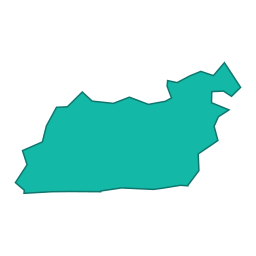 Bagat, Khorezm, Uzbekistan
{"feature_id": "79887680B39463987044413", "entity_name": "Bagat", "entity_type": "district", "adm_level": 2, "iso_a3": "UZB", "parent_name": "Uzbekistan", "parent_adm1": "Khorezm", "projection": "orthographic", "projection_center": [60.845, 41.311], "detail": "fine", "context": "isolated", "style": "filled", "palette": "teal", "viewbox_px": 256, "rotation_deg": 0, "n_neighbors": 0, "source": "geoboundaries", "source_scale": "gbopen_adm2", "svg_char_len": 656}
<svg xmlns="http://www.w3.org/2000/svg" viewBox="0 0 256 256"><path d="M224.4,62.7L213.4,75.6L200.8,71.4L190.0,75.8L177.1,82.6L167.6,80.6L167.1,86.2L171.5,97.9L165.4,101.3L148.4,104.4L129.4,97.2L113.3,103.4L92.1,101.1L82.3,92.0L67.4,106.8L56.5,107.3L46.4,125.9L42.4,141.9L22.5,150.6L27.1,164.7L15.4,182.6L24.3,190.2L24.0,193.3L51.9,191.7L70.1,191.5L100.7,191.7L100.7,191.0L121.5,187.9L145.0,189.0L153.5,189.4L162.4,188.2L180.5,185.3L187.9,185.8L187.9,185.3L198.9,170.6L198.2,153.9L217.9,140.5L214.1,126.3L218.4,116.7L229.0,109.9L211.5,102.7L211.8,91.6L223.5,91.1L231.5,96.3L240.6,87.4L224.4,62.7Z" fill="#14b8a6" stroke="#0f766e" stroke-width="1.5"/></svg>